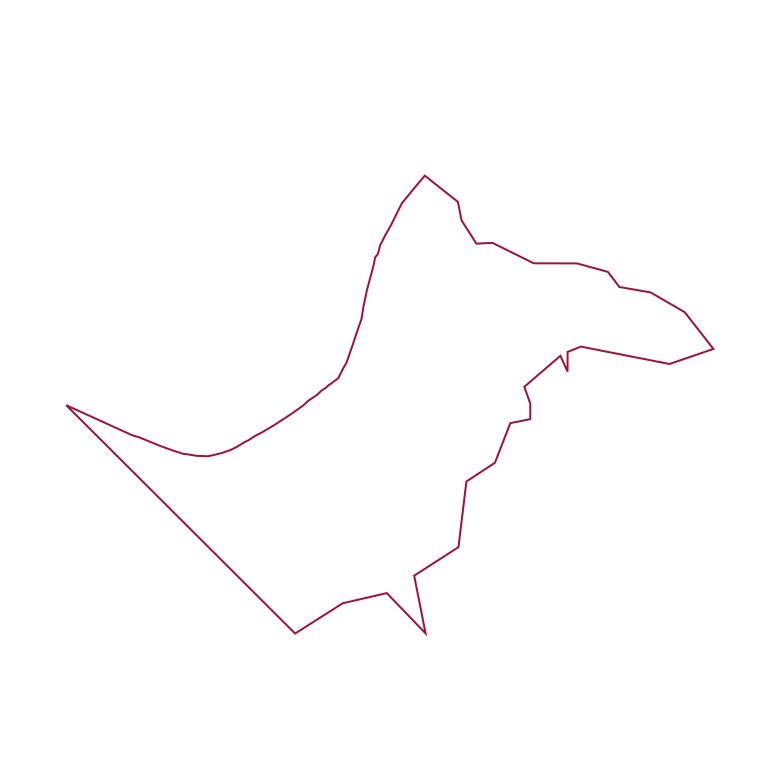 Aweil North, Northern Bahr el Ghazal, South Sudan, rotated 310°
{"feature_id": "79223893B62952270667029", "entity_name": "Aweil North", "entity_type": "district", "adm_level": 2, "iso_a3": "SSD", "parent_name": "South Sudan", "parent_adm1": "Northern Bahr el Ghazal", "projection": "natural_earth1", "projection_center": [26.779, 9.406], "detail": "fine", "context": "isolated", "style": "outline", "palette": "rose", "viewbox_px": 768, "rotation_deg": 310, "n_neighbors": 0, "source": "geoboundaries", "source_scale": "gbopen_adm2", "svg_char_len": 1066}
<svg xmlns="http://www.w3.org/2000/svg" viewBox="0 0 768 768"><g transform="rotate(310 384 384)"><path d="M622.6,613.8L632.3,568.3L625.5,529.3L609.6,502.0L613.8,483.5L600.4,454.3L572.7,421.1L561.8,376.3L550.9,364.6L559.2,338.2L571.0,323.6L569.8,281.3L569.4,281.3L552.4,281.3L533.9,281.5L509.9,287.3L498.0,289.5L487.5,292.0L479.6,295.8L475.4,295.8L468.1,299.8L445.1,310.5L429.2,319.0L419.3,325.0L405.8,330.1L393.0,335.2L375.8,341.7L370.0,342.6L359.1,345.3L346.8,342.2L343.6,341.9L338.6,340.4L332.8,339.7L328.2,338.4L322.7,336.8L315.4,335.9L307.1,333.7L301.0,332.1L280.7,325.9L268.0,321.4L261.0,318.5L253.7,316.3L250.2,314.7L240.6,311.4L234.9,308.9L226.7,304.0L221.9,300.5L215.5,295.6L208.5,286.6L203.7,278.4L202.7,277.1L201.7,275.7L197.3,265.0L192.6,252.1L185.9,231.1L182.8,223.8L163.5,154.2L135.7,476.3L189.5,493.3L225.6,520.5L219.7,576.1L256.6,530.3L306.9,545.9L362.3,509.8L395.0,519.6L435.2,505.9L451.1,518.6L462.9,508.8L472.1,493.3L519.0,501.0L511.5,516.6L526.6,504.0L539.2,510.8L582.8,589.8L622.6,613.8Z" fill="none" stroke="#9f1239" stroke-width="2"/></g></svg>